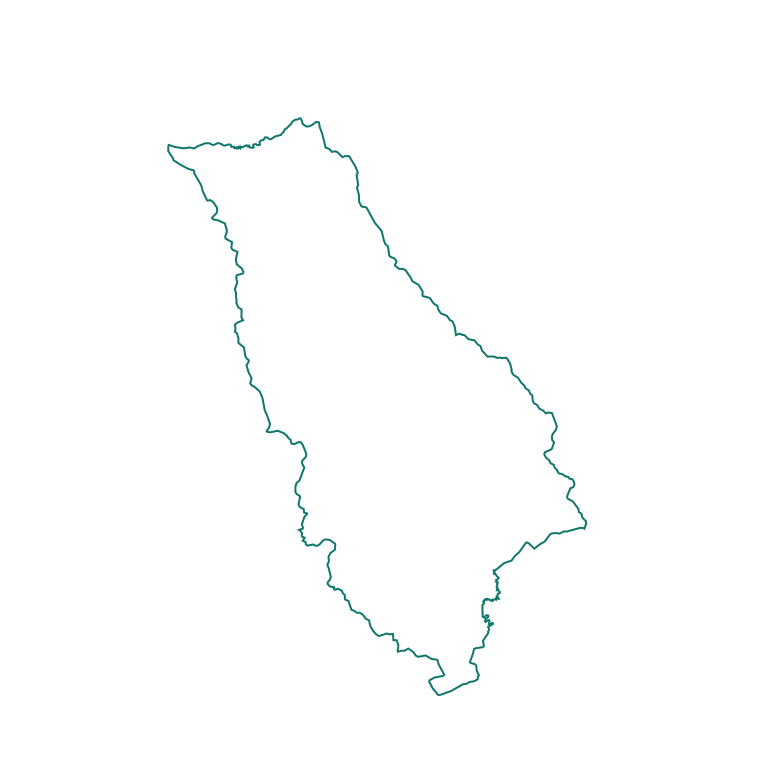 Wang Nuea, Lampang, Thailand (orthographic projection), rotated 335°
{"feature_id": "78962969B31160624426446", "entity_name": "Wang Nuea", "entity_type": "district", "adm_level": 2, "iso_a3": "THA", "parent_name": "Thailand", "parent_adm1": "Lampang", "projection": "orthographic", "projection_center": [99.64, 19.158], "detail": "fine", "context": "isolated", "style": "outline", "palette": "teal", "viewbox_px": 768, "rotation_deg": 335, "n_neighbors": 0, "source": "geoboundaries", "source_scale": "gbopen_adm2", "svg_char_len": 6148}
<svg xmlns="http://www.w3.org/2000/svg" viewBox="0 0 768 768"><g transform="rotate(335 384 384)"><path d="M504.3,599.8L507.9,596.4L509.0,593.8L507.3,588.8L508.1,584.9L506.5,582.5L507.4,579.3L505.6,570.4L502.1,565.7L502.1,564.0L502.9,562.7L509.0,557.2L511.6,557.6L513.7,556.0L514.4,555.0L514.8,551.4L514.3,549.8L512.1,548.2L511.7,546.0L509.3,544.3L507.4,540.9L504.6,538.9L504.2,534.2L503.3,531.9L503.7,529.1L501.4,526.1L501.5,523.0L499.7,519.2L499.5,515.6L500.8,513.9L508.4,513.9L513.4,509.0L512.8,505.6L514.0,502.5L515.9,500.5L520.5,498.2L522.8,495.3L523.9,481.3L521.0,479.3L518.2,479.0L517.1,475.6L514.4,472.0L513.9,467.7L511.8,464.8L511.8,461.9L513.6,457.0L512.5,454.7L512.5,450.8L510.4,447.6L510.6,445.0L508.9,440.7L508.1,434.9L505.3,430.8L504.9,429.1L505.0,426.0L505.8,424.7L506.9,418.6L506.3,412.5L505.6,411.7L501.9,410.5L499.9,408.8L497.8,408.3L494.8,405.3L489.4,402.9L487.0,395.3L487.4,390.3L485.7,387.8L484.5,382.8L479.3,378.9L477.8,374.0L475.5,372.4L474.4,370.8L472.8,370.1L469.9,370.1L472.3,362.1L472.6,356.3L470.7,353.8L469.9,349.0L465.3,343.9L464.7,339.5L465.4,335.8L463.0,332.0L462.0,325.9L460.4,324.0L456.4,320.8L456.4,319.7L458.1,316.6L457.5,310.4L457.2,308.7L453.1,302.7L453.2,299.6L451.7,290.1L449.8,287.6L446.4,286.2L444.1,281.6L444.1,280.8L446.6,278.9L447.2,277.7L446.5,274.6L443.7,271.6L443.0,269.8L445.7,261.1L444.4,257.8L444.5,254.3L446.5,244.2L443.8,234.0L442.8,217.4L442.3,216.2L438.7,213.7L438.4,208.6L441.3,201.5L442.4,194.8L444.6,192.9L447.6,182.8L449.6,181.4L450.0,175.2L448.7,162.8L445.0,161.0L442.2,160.8L439.9,154.4L438.1,152.5L434.9,151.6L433.7,147.8L431.0,145.0L433.8,130.9L434.3,123.8L435.7,119.5L433.4,117.8L427.8,119.0L424.4,118.7L422.4,117.7L420.3,114.3L420.8,109.0L420.5,107.9L419.8,107.4L417.7,107.8L415.1,107.0L412.3,107.3L410.0,108.8L403.9,111.1L401.7,111.3L400.2,112.7L395.8,114.7L389.7,113.6L385.1,114.4L383.8,113.8L382.2,111.0L380.2,110.2L377.9,111.9L375.7,111.3L373.6,111.8L372.7,114.7L370.3,114.2L369.3,112.5L367.5,111.8L366.3,112.2L366.0,114.4L364.8,114.5L362.4,112.9L362.4,111.0L361.3,111.4L361.4,110.6L360.2,110.1L360.2,109.5L355.9,109.5L354.3,108.2L354.0,109.6L353.4,109.9L352.3,107.5L351.8,107.6L352.3,108.4L351.6,108.9L350.7,108.6L350.5,107.4L349.6,107.9L348.5,107.5L348.0,106.7L348.6,105.7L345.9,104.6L346.2,102.3L344.2,101.1L340.7,100.8L339.2,99.8L337.6,97.2L335.1,95.4L331.7,95.5L329.5,94.8L327.4,92.0L323.8,90.3L315.6,89.8L311.4,90.3L308.0,87.6L301.8,85.6L294.7,80.8L290.0,76.4L289.2,77.0L286.9,81.7L288.1,89.6L287.8,92.2L291.6,98.4L297.6,106.4L301.9,110.0L301.1,113.3L302.3,127.1L301.2,132.3L301.2,142.3L301.7,143.4L304.1,143.7L306.1,147.0L307.1,153.8L306.3,156.0L304.5,158.3L299.0,160.3L298.2,161.1L299.2,163.0L303.1,165.9L307.6,171.1L306.6,178.1L305.2,180.5L302.4,183.2L301.9,185.3L306.2,191.2L303.4,195.7L303.2,197.2L303.6,198.5L307.0,202.3L302.5,208.3L301.1,213.2L303.9,219.1L304.0,223.1L303.3,224.0L302.2,224.2L297.3,223.2L296.1,223.4L294.8,225.9L293.9,230.0L288.9,235.1L288.3,239.3L286.8,241.9L285.9,245.5L284.5,248.0L284.3,252.8L286.4,256.4L282.9,263.4L283.2,266.7L277.1,266.4L274.4,267.0L273.7,267.8L273.0,270.8L270.9,273.6L272.1,275.5L272.1,276.6L271.2,281.7L269.9,283.8L269.5,285.5L272.5,291.4L270.1,300.1L270.3,302.9L271.5,305.1L270.8,306.6L267.3,308.9L266.2,316.3L266.4,322.8L263.1,326.9L263.3,329.0L265.5,332.0L268.2,338.2L268.0,345.1L264.8,357.5L264.8,362.7L263.8,372.0L261.8,374.6L257.7,377.1L258.0,378.1L260.8,379.8L268.0,381.5L272.3,386.1L274.3,390.3L274.4,392.4L275.7,395.0L275.0,398.4L275.6,399.7L277.6,400.5L282.5,400.7L283.9,401.5L284.6,404.6L284.2,412.9L283.6,415.6L282.5,416.9L277.8,418.9L276.6,420.0L276.1,422.2L276.5,426.0L266.6,435.7L262.9,436.8L260.5,439.4L258.0,444.5L258.4,446.9L260.3,449.8L260.3,450.8L255.7,456.9L255.5,458.6L256.3,460.8L258.4,463.4L257.2,466.7L259.4,468.6L259.5,469.3L255.8,470.7L251.3,475.4L250.1,476.9L249.9,479.8L249.2,480.8L245.3,480.3L246.3,482.3L246.7,484.9L245.3,486.8L245.3,487.8L247.1,489.8L244.1,491.7L246.2,494.2L245.4,495.9L246.2,498.1L251.9,499.5L253.8,501.8L255.5,502.5L258.5,501.9L263.1,499.9L265.3,500.1L268.8,502.3L272.0,507.7L272.0,508.9L269.4,513.5L264.1,514.5L260.6,517.3L259.3,521.1L256.2,524.1L256.0,527.9L254.3,536.3L252.3,538.4L249.1,540.0L248.4,541.4L249.6,544.9L252.8,546.8L251.9,548.8L252.2,549.5L256.0,550.3L258.5,553.9L258.2,556.0L259.2,558.7L257.6,562.8L260.1,565.5L259.1,574.8L261.3,577.2L262.7,579.9L265.1,580.9L266.4,582.4L267.6,585.1L268.2,588.9L270.6,592.0L269.3,597.5L269.7,602.8L271.0,607.2L272.3,609.6L273.5,610.4L280.8,611.2L283.2,613.2L286.4,614.3L284.3,620.2L287.1,621.5L286.9,625.3L286.1,627.9L284.0,630.8L283.5,632.5L287.1,633.1L289.9,634.4L294.2,634.0L297.3,639.2L298.0,643.5L299.7,645.7L307.0,647.6L310.9,653.3L315.3,656.1L315.8,657.0L315.0,661.3L315.8,672.9L314.0,673.5L305.8,671.4L300.4,671.7L299.2,672.6L299.5,680.2L301.4,688.0L302.0,688.9L303.4,689.5L315.1,690.6L328.8,689.5L332.1,690.6L335.5,690.2L340.7,691.6L344.1,691.1L345.2,689.3L346.9,688.2L346.9,683.1L348.6,678.1L348.1,676.4L344.6,673.4L344.3,672.4L351.2,665.4L353.5,662.3L355.4,662.2L362.0,664.2L363.8,663.8L365.3,658.4L373.2,653.8L373.7,652.5L375.7,650.7L375.6,648.2L381.5,647.5L381.5,646.6L381.0,646.2L378.1,646.5L377.5,646.1L379.6,643.2L379.4,642.3L378.1,642.0L375.8,642.7L375.2,641.9L376.8,639.7L379.9,639.3L380.6,638.5L380.5,637.6L378.9,636.8L375.9,637.8L375.1,636.6L379.7,626.0L381.9,625.1L381.9,624.3L382.6,623.9L382.1,623.1L383.2,622.3L384.6,622.4L385.2,621.7L386.0,622.1L385.9,623.0L387.2,622.8L388.5,623.8L388.4,624.7L389.9,625.6L390.7,625.3L390.5,626.4L394.0,625.8L394.5,626.8L395.2,626.0L397.2,627.1L397.0,624.9L395.9,624.7L396.0,624.3L397.4,623.6L398.6,622.2L399.6,622.5L401.1,621.7L400.5,619.1L399.3,618.7L400.8,617.5L399.9,616.9L400.3,615.5L401.5,614.7L401.8,613.0L402.5,613.0L403.2,612.0L402.0,610.4L402.8,610.1L403.0,608.9L404.2,609.2L406.1,608.0L405.1,606.2L404.6,602.7L403.5,602.5L404.9,600.7L404.3,599.9L404.6,599.2L407.1,599.7L417.3,597.1L425.0,597.9L430.4,595.0L435.4,593.6L445.7,587.8L446.9,588.3L448.0,589.8L450.7,596.8L457.0,595.2L463.2,594.7L470.9,590.5L472.7,590.3L477.0,591.8L479.8,593.8L484.7,593.6L487.2,594.9L500.4,597.2L503.3,598.3L504.3,599.8Z" fill="none" stroke="#0f766e" stroke-width="2"/></g></svg>